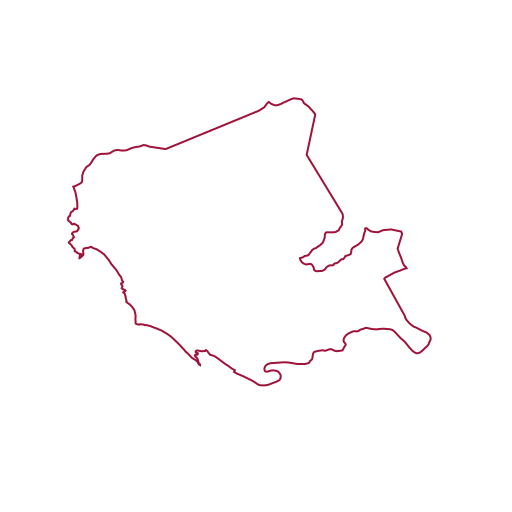 Troumassee, Micoud, Saint Lucia (Robinson projection), rotated 140°
{"feature_id": "8701671B86080825614718", "entity_name": "Troumassee", "entity_type": "district", "adm_level": 2, "iso_a3": "LCA", "parent_name": "Saint Lucia", "parent_adm1": "Micoud", "projection": "robinson", "projection_center": [-60.903, 13.81], "detail": "fine", "context": "isolated", "style": "outline", "palette": "rose", "viewbox_px": 512, "rotation_deg": 140, "n_neighbors": 0, "source": "geoboundaries", "source_scale": "gbopen_adm2", "svg_char_len": 6120}
<svg xmlns="http://www.w3.org/2000/svg" viewBox="0 0 512 512"><g transform="rotate(140 256 256)"><path d="M351.3,426.6L353.4,420.9L354.8,418.2L358.8,411.5L361.0,408.8L362.2,407.5L362.8,407.2L364.3,408.4L364.7,409.0L365.8,408.4L366.4,408.5L367.0,408.2L368.0,408.2L369.3,408.5L369.9,408.3L371.2,407.5L372.6,406.3L373.8,406.6L375.6,405.9L376.3,404.8L376.9,404.5L376.9,403.0L376.3,400.5L376.7,399.7L376.5,398.5L375.9,398.0L375.5,397.8L374.9,397.9L374.5,397.5L374.4,396.9L373.7,395.7L373.5,394.7L373.0,393.7L373.5,392.5L373.5,391.7L373.7,391.4L374.2,391.3L374.7,390.6L376.3,390.3L377.1,389.9L379.6,391.4L380.6,391.7L381.6,391.7L382.4,391.5L382.8,391.1L382.7,389.7L383.4,387.7L383.4,387.4L384.9,387.4L386.5,386.5L387.6,387.1L388.0,387.1L388.8,386.9L390.2,386.9L390.8,386.6L390.4,383.5L390.4,382.5L390.7,381.2L390.7,380.2L390.4,378.0L390.9,377.2L391.4,376.8L391.8,376.0L391.1,374.9L390.9,374.1L390.9,373.0L389.5,370.5L388.9,370.2L388.7,369.7L389.0,369.5L390.3,370.0L392.6,367.8L392.4,367.7L390.9,367.6L387.9,367.8L387.1,368.3L386.5,369.0L385.6,370.6L384.3,371.8L383.2,372.4L380.5,371.1L379.6,370.2L378.8,370.0L378.1,369.6L376.7,369.3L376.1,368.7L376.0,367.4L375.1,365.7L374.1,364.4L373.4,362.6L371.8,357.1L371.3,354.9L371.3,353.4L371.4,347.1L372.0,343.1L372.0,335.1L372.4,332.3L372.8,329.9L372.9,328.5L372.8,326.8L373.6,324.9L374.4,323.3L374.3,321.7L375.3,321.2L376.0,321.3L376.9,321.7L377.5,321.0L377.4,319.4L378.0,318.4L379.6,317.7L379.5,316.5L378.1,314.0L378.2,313.3L378.5,313.1L379.5,313.5L380.9,313.6L381.2,313.3L380.7,312.1L380.8,311.4L382.0,308.6L382.3,308.5L383.1,306.9L384.0,304.8L384.8,304.4L384.7,303.1L383.8,299.9L383.6,297.1L383.9,292.8L385.4,289.8L386.7,287.5L388.9,285.2L390.8,282.6L391.5,282.0L391.5,281.2L390.6,279.6L389.6,278.5L388.6,278.3L387.9,277.4L386.2,275.8L385.5,274.3L384.6,273.8L381.9,270.2L380.8,267.9L378.6,264.2L376.5,259.9L376.0,259.2L375.6,257.5L374.2,253.7L373.0,249.2L372.3,243.7L371.7,237.9L371.3,230.6L371.4,228.1L370.9,225.4L370.5,218.9L369.2,215.2L368.8,212.4L369.3,210.5L369.3,209.4L369.0,208.5L368.6,209.0L368.7,210.8L367.0,214.4L366.8,216.5L367.1,218.1L367.0,218.8L366.7,219.2L366.1,219.2L364.2,218.1L363.6,218.3L363.2,218.8L363.1,219.3L363.9,220.2L364.2,220.9L363.5,221.7L362.8,221.9L361.8,221.5L358.8,217.9L356.0,215.9L354.9,216.1L354.4,214.8L354.7,211.3L354.6,209.8L352.8,207.1L352.2,205.9L351.4,203.5L348.8,192.3L348.1,190.6L346.9,185.3L345.6,182.1L347.3,181.3L346.0,177.8L342.9,171.7L341.6,168.7L339.5,164.1L338.0,159.9L337.2,156.7L336.6,155.4L335.7,154.1L334.7,153.2L333.0,151.7L331.6,150.7L329.0,149.3L324.5,147.8L321.8,146.8L318.7,146.0L317.8,145.9L316.9,146.1L316.2,146.4L314.9,147.4L313.8,148.8L313.4,150.0L313.3,152.7L313.5,153.5L313.9,154.3L315.0,155.9L316.2,157.2L318.1,158.6L321.2,159.9L322.2,160.5L322.9,161.4L323.1,162.1L322.9,162.9L322.2,164.0L321.6,164.6L320.8,165.1L319.7,165.6L318.8,165.8L317.8,165.8L316.2,165.6L313.6,164.4L303.7,157.2L301.2,155.1L299.7,153.6L297.5,151.2L294.9,148.0L293.3,146.3L288.2,142.0L285.2,140.4L284.4,140.2L283.6,140.2L282.1,140.8L280.1,140.8L279.3,141.0L278.2,141.7L276.0,143.8L274.6,144.7L273.5,145.1L272.3,144.8L269.1,143.2L265.9,141.2L265.3,140.7L264.0,139.0L263.7,138.8L259.4,137.2L258.8,136.7L258.2,136.1L257.8,135.4L256.7,132.9L255.7,131.5L254.3,130.5L251.2,128.5L250.4,128.2L249.6,128.4L247.0,129.5L244.6,130.2L244.1,130.7L243.9,131.3L243.8,132.0L243.9,133.4L243.8,134.1L243.1,135.2L241.7,136.3L241.0,136.6L239.8,137.0L237.9,137.4L235.1,137.2L232.6,136.6L230.3,135.9L228.8,135.1L227.6,133.8L226.2,132.8L225.4,132.6L223.9,132.6L223.2,132.4L220.8,131.3L218.3,130.5L217.1,129.4L215.8,127.6L212.9,124.2L210.6,122.2L206.7,119.6L204.8,118.1L200.3,113.6L199.1,111.8L198.7,110.1L198.4,107.8L198.0,99.8L197.5,97.2L197.2,94.3L197.2,91.2L197.3,88.2L197.2,83.3L196.5,80.3L195.6,78.3L194.9,77.8L193.9,77.2L191.9,76.6L188.7,76.6L185.3,76.9L182.8,76.9L180.5,77.4L179.3,78.3L176.2,79.6L174.8,81.1L173.8,83.8L174.5,87.6L176.8,92.1L179.5,98.6L180.5,100.3L181.1,102.6L181.7,105.9L181.8,110.6L181.3,113.0L180.6,114.0L172.4,156.1L171.1,156.4L160.6,154.3L154.7,152.1L150.5,150.8L148.5,149.8L148.3,151.2L148.6,153.9L147.9,156.6L146.1,161.1L144.1,167.3L142.6,170.9L142.0,171.1L129.8,179.0L129.1,181.4L135.4,189.5L142.0,194.1L147.2,195.7L150.0,198.4L152.1,201.0L153.1,204.0L153.3,205.9L154.0,207.0L153.8,207.3L154.9,206.7L155.8,205.5L156.2,205.1L158.4,203.9L161.4,201.7L162.6,200.6L163.7,200.0L165.5,199.3L167.8,199.1L170.6,199.1L175.3,200.0L177.2,200.0L179.0,199.4L180.3,198.0L181.9,196.8L183.6,196.9L187.8,198.5L189.0,197.9L191.2,197.5L192.5,198.5L195.1,198.5L197.0,198.3L198.9,198.7L200.2,199.6L201.3,199.8L202.6,199.3L204.0,200.1L205.0,201.1L206.5,201.8L209.1,202.1L212.1,201.4L215.0,202.1L219.4,205.4L220.3,206.9L220.4,208.0L219.1,210.5L218.8,212.5L218.8,213.7L219.2,214.8L220.2,215.5L223.0,217.3L223.5,217.9L224.0,218.8L224.9,221.4L224.4,224.8L223.7,226.1L222.0,225.4L221.2,224.9L220.1,224.7L218.9,224.8L216.3,223.3L215.2,223.0L208.9,224.5L206.6,224.2L205.1,223.5L203.4,223.5L200.2,223.1L196.7,223.2L194.8,224.0L192.0,225.6L190.6,226.9L189.2,228.4L187.4,229.0L186.7,228.8L181.9,224.7L179.5,223.1L177.9,223.0L176.3,222.5L173.4,223.8L171.9,224.0L170.4,224.5L169.2,225.5L167.8,227.5L166.2,228.4L164.6,229.6L163.0,231.9L162.6,232.7L152.2,300.9L120.3,325.8L119.5,326.7L119.4,331.2L119.6,333.4L119.6,336.2L120.3,339.6L120.7,340.5L121.0,342.1L120.5,344.5L120.4,345.8L120.5,346.6L120.8,347.1L122.8,349.5L125.0,351.8L126.0,352.7L128.7,353.7L133.6,355.0L135.7,355.7L139.4,356.5L141.7,357.4L143.2,358.1L144.8,359.5L146.2,362.1L146.7,363.3L147.2,365.8L148.4,365.8L149.8,365.7L153.9,364.6L160.2,365.4L256.5,396.0L267.7,408.7L268.2,409.9L269.3,411.6L270.8,413.2L271.3,413.5L273.9,414.3L275.6,415.2L277.9,416.7L281.8,418.6L287.4,420.3L290.7,422.7L293.3,425.6L294.8,426.8L296.2,427.6L297.1,427.9L298.8,428.3L301.6,428.6L302.2,428.8L305.1,430.6L309.0,433.8L310.9,434.7L313.1,435.4L314.5,435.4L317.1,435.0L318.8,434.6L322.7,433.3L324.2,432.9L325.5,432.8L328.9,433.2L331.9,432.2L334.0,431.5L337.0,429.6L337.8,428.9L340.5,425.6L341.6,424.7L342.1,424.5L343.5,424.5L345.0,424.7L348.0,425.4L350.1,426.0L351.3,426.6Z" fill="none" stroke="#9f1239" stroke-width="2"/></g></svg>